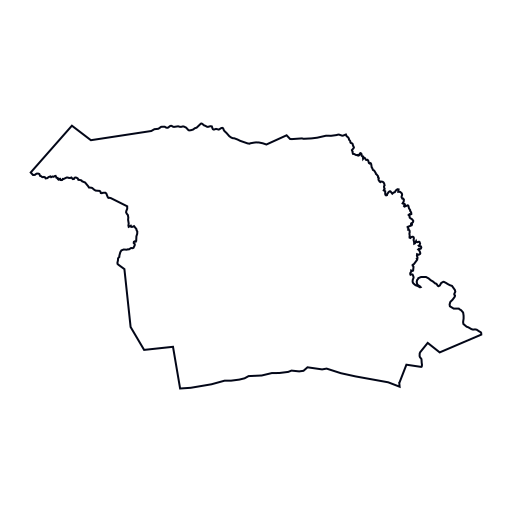 District Autonome D'Abidjan, Lagunes, Ivory Coast (Robinson projection)
{"feature_id": "98640826B76853064397847", "entity_name": "District Autonome D'Abidjan", "entity_type": "district", "adm_level": 2, "iso_a3": "CIV", "parent_name": "Ivory Coast", "parent_adm1": "Lagunes", "projection": "robinson", "projection_center": [-4.007, 5.412], "detail": "fine", "context": "isolated", "style": "outline", "palette": "ink", "viewbox_px": 512, "rotation_deg": 0, "n_neighbors": 0, "source": "geoboundaries", "source_scale": "gbopen_adm2", "svg_char_len": 6068}
<svg xmlns="http://www.w3.org/2000/svg" viewBox="0 0 512 512"><path d="M30.7,172.5L33.0,175.0L34.9,174.9L35.7,174.2L36.8,173.6L38.2,173.6L39.3,174.0L40.2,176.0L41.2,176.2L41.9,176.9L42.8,177.2L43.9,176.9L45.0,177.3L45.6,178.4L47.4,178.1L48.5,177.1L50.4,176.4L51.1,177.2L52.5,176.5L53.6,176.8L54.7,176.1L55.6,175.9L56.5,177.8L57.6,177.9L57.8,179.0L58.5,179.6L59.2,178.9L60.1,178.8L60.4,180.0L61.4,180.1L62.3,179.9L62.8,178.9L63.6,179.0L66.7,177.5L67.7,177.5L68.7,177.9L70.1,178.0L71.4,177.5L72.8,179.1L73.9,179.0L74.5,177.8L75.4,177.5L76.5,177.7L77.8,178.5L78.4,179.9L79.5,179.9L81.4,180.4L82.1,181.3L85.1,182.5L88.3,186.4L88.9,187.5L91.2,187.7L92.2,188.0L94.4,189.9L95.7,190.6L99.6,190.9L100.4,191.6L100.8,193.0L101.8,193.2L102.9,192.8L105.3,192.7L106.3,193.5L107.6,196.8L108.4,197.9L109.5,197.8L110.8,198.1L127.2,206.3L127.2,208.8L126.3,211.0L126.1,212.3L126.7,213.6L127.9,215.1L128.1,216.4L128.3,217.4L128.1,219.8L128.7,223.5L128.4,225.5L128.7,226.8L130.8,225.7L131.3,226.9L132.7,226.8L134.0,226.1L136.4,229.1L136.6,230.3L137.3,231.5L137.2,233.8L136.4,236.3L136.2,240.9L135.7,241.7L134.8,241.3L133.9,241.8L133.7,243.0L134.8,244.2L134.7,245.3L133.5,247.8L132.6,248.2L131.1,248.0L128.9,249.4L127.8,249.3L126.8,249.7L123.7,249.5L121.4,250.4L120.3,252.2L119.4,255.5L119.3,257.0L118.5,257.7L118.0,258.7L118.0,260.1L117.4,262.9L117.6,264.0L118.5,264.8L124.4,269.1L130.6,327.0L144.1,349.9L173.0,346.8L180.1,388.5L190.7,387.8L211.4,384.3L224.5,380.7L230.8,380.7L239.3,379.6L244.6,378.3L248.6,376.1L261.7,375.5L271.7,373.1L279.4,373.0L288.2,371.9L291.5,370.6L299.2,371.4L303.5,370.8L307.5,367.3L322.1,369.4L326.6,368.6L340.9,373.2L355.5,376.4L388.2,382.3L399.6,386.7L399.2,382.0L399.5,382.5L406.4,364.7L419.8,366.7L421.2,366.9L421.7,366.6L422.0,364.9L421.7,362.8L421.5,359.6L421.3,358.8L420.1,357.4L419.7,356.5L419.6,355.6L419.7,353.4L420.2,352.2L427.7,342.9L439.7,352.4L481.3,334.6L481.2,333.0L480.7,332.2L479.2,331.4L476.7,329.7L475.1,329.4L473.0,329.6L471.4,329.1L468.3,327.3L466.6,326.7L463.4,324.0L463.1,322.1L463.6,318.6L463.6,315.8L463.3,313.6L463.1,312.5L461.1,310.2L459.5,309.3L458.8,308.6L453.7,308.6L449.9,306.3L449.6,304.5L450.1,302.5L450.5,301.7L452.4,299.9L454.5,297.1L454.9,296.3L455.0,295.4L454.3,294.7L454.3,293.8L455.3,291.7L454.9,290.0L452.0,285.9L449.9,285.2L447.3,283.8L446.5,283.2L444.0,281.9L443.3,281.8L441.2,283.0L439.8,285.5L438.5,286.2L437.8,285.8L436.5,283.9L436.0,283.6L435.3,283.5L432.8,281.4L430.8,280.3L428.6,278.4L426.0,277.0L421.1,277.0L420.3,277.3L418.3,278.2L418.2,278.7L417.1,280.1L416.7,281.8L417.0,283.4L417.3,284.3L417.7,284.9L420.1,286.5L420.6,287.1L420.0,287.3L417.7,286.0L415.5,285.2L413.5,283.5L412.9,282.7L412.7,282.0L412.6,281.2L412.8,279.6L413.4,278.2L413.6,277.3L413.4,276.6L412.9,275.2L412.5,274.5L411.1,274.4L410.5,274.7L410.2,274.0L410.3,273.0L411.2,271.6L411.2,270.5L412.5,270.9L413.1,270.6L413.5,266.8L413.2,266.2L412.6,265.6L412.6,264.9L414.0,264.0L417.2,259.7L416.8,258.7L417.4,258.4L417.5,257.5L416.9,255.7L417.1,254.2L418.6,254.8L420.1,253.9L420.3,253.2L419.9,251.8L418.9,250.0L418.2,249.5L418.8,248.9L420.6,248.8L421.1,248.1L421.3,247.3L420.9,246.4L420.1,246.1L419.2,246.3L418.7,245.7L419.3,245.4L420.1,243.7L419.6,242.1L419.0,241.7L417.2,242.2L416.4,241.9L416.1,241.1L415.0,243.3L414.2,243.7L414.1,242.0L413.6,240.1L413.9,238.1L413.5,237.1L412.8,236.7L411.8,236.9L411.0,237.2L410.4,238.0L409.6,237.7L409.5,236.9L409.7,235.9L409.4,233.7L409.7,232.1L409.5,230.5L408.9,229.8L408.2,229.7L408.5,228.8L408.2,228.1L407.7,227.7L407.6,226.9L411.7,225.3L412.0,224.6L411.9,224.0L411.0,224.2L411.1,223.5L412.8,222.4L413.2,221.5L413.2,220.7L412.0,219.2L410.3,218.2L409.7,217.6L409.5,216.0L408.6,215.0L409.6,214.1L410.4,214.4L411.3,214.1L411.3,213.0L410.7,211.6L410.1,210.8L410.1,210.0L409.0,208.4L408.4,205.9L407.8,205.3L404.5,206.6L404.0,206.1L404.9,204.4L404.5,203.9L403.2,203.7L402.6,203.4L403.7,201.5L403.9,199.6L403.2,198.6L402.4,198.7L401.6,197.3L401.6,196.4L402.0,195.4L402.1,194.5L401.8,193.4L400.2,191.9L398.2,191.8L398.6,189.4L397.7,189.2L396.5,189.8L395.3,191.3L394.8,192.2L393.5,192.6L392.3,193.7L390.4,191.3L389.6,191.3L388.6,192.1L387.2,194.1L387.0,195.1L386.1,195.4L385.4,194.8L385.2,194.0L385.2,191.2L383.7,190.4L384.0,189.7L384.5,189.3L384.6,188.5L384.2,188.0L384.0,186.8L384.1,186.1L384.6,185.4L384.2,183.6L383.6,182.5L382.7,181.8L380.9,181.5L380.4,182.1L379.7,181.7L378.6,180.0L378.4,178.9L378.8,178.3L378.5,177.6L378.0,177.2L378.1,176.3L376.5,174.3L375.9,173.9L375.7,173.0L374.2,170.6L372.9,169.9L372.3,168.2L371.7,167.4L371.2,164.2L370.8,163.3L370.2,163.0L369.6,163.5L368.9,163.0L368.2,160.6L367.5,159.8L366.7,160.0L365.9,159.8L365.0,158.2L364.4,157.8L363.8,157.9L363.1,158.8L363.0,157.9L363.3,156.9L363.0,156.4L362.2,156.3L361.6,155.6L361.6,154.4L361.2,153.5L360.4,153.1L359.9,153.5L359.6,154.6L359.1,155.3L358.3,155.6L358.1,154.9L356.2,155.1L354.1,154.0L353.0,153.9L352.6,152.7L352.6,151.5L352.1,150.8L351.9,150.1L353.5,148.3L353.9,147.5L353.5,146.4L353.1,145.9L352.6,143.9L351.8,143.2L350.9,143.0L350.4,142.5L350.4,141.7L350.1,140.9L349.0,139.6L348.9,138.7L348.5,137.9L347.8,137.1L346.6,136.2L345.9,134.5L343.1,135.6L342.2,135.7L339.0,134.6L338.2,134.6L336.3,135.1L331.1,135.8L326.1,135.7L317.2,137.7L311.5,138.4L303.6,138.8L301.9,138.4L291.9,139.1L290.1,139.0L286.6,135.3L266.4,144.5L262.8,143.3L259.0,142.5L256.0,142.4L254.2,142.6L250.2,143.3L249.6,143.7L247.6,143.4L240.1,140.8L237.5,139.5L234.3,138.3L232.8,138.2L231.3,137.6L229.3,136.2L226.6,133.1L224.4,131.0L223.7,129.9L223.2,128.5L222.6,127.9L221.4,128.0L218.8,129.6L216.0,128.9L213.9,129.6L212.9,129.2L212.6,128.7L211.8,126.4L210.3,126.2L207.9,126.9L206.9,126.7L205.3,125.8L204.1,125.4L202.2,123.8L201.2,123.5L200.7,123.8L196.6,127.7L194.9,128.2L193.0,129.6L190.9,130.2L189.3,130.4L188.5,130.2L186.1,127.6L184.0,126.6L183.0,126.4L181.0,126.9L179.8,126.8L178.1,126.3L174.1,126.9L173.2,126.8L171.6,125.9L171.0,125.8L170.0,126.1L168.1,127.6L167.1,127.8L165.9,127.5L164.9,126.8L164.5,126.7L161.3,126.8L160.5,127.2L159.6,128.0L158.2,128.8L154.4,129.2L151.3,131.0L90.9,140.2L71.9,125.7L30.7,172.5Z" fill="none" stroke="#020617" stroke-width="2"/></svg>